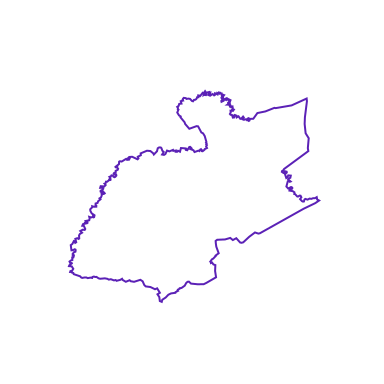 outline of Chum Phuang, Nakhon Ratchasima, Thailand, rotated 62°
{"feature_id": "78962969B76863241399521", "entity_name": "Chum Phuang", "entity_type": "district", "adm_level": 2, "iso_a3": "THA", "parent_name": "Thailand", "parent_adm1": "Nakhon Ratchasima", "projection": "natural_earth1", "projection_center": [102.724, 15.266], "detail": "fine", "context": "isolated", "style": "outline", "palette": "violet", "viewbox_px": 384, "rotation_deg": 62, "n_neighbors": 0, "source": "geoboundaries", "source_scale": "gbopen_adm2", "svg_char_len": 6127}
<svg xmlns="http://www.w3.org/2000/svg" viewBox="0 0 384 384"><g transform="rotate(62 192 192)"><path d="M199.3,63.7L193.5,64.1L184.8,60.6L179.0,57.2L165.8,47.9L163.3,46.9L162.3,63.4L157.2,78.8L156.4,79.7L155.3,89.4L153.0,97.2L156.1,103.5L154.7,106.4L155.9,107.8L155.9,108.5L154.6,109.0L154.0,107.2L153.4,107.3L153.3,108.3L154.2,109.8L153.1,110.2L152.6,112.3L151.8,113.0L150.6,111.3L149.4,111.5L150.4,114.2L150.1,115.0L147.0,115.4L147.1,117.4L145.6,116.8L144.0,118.1L144.1,118.9L145.2,118.8L146.0,119.7L145.5,121.0L142.9,120.5L141.9,121.7L140.9,121.9L140.0,120.5L138.3,119.8L139.6,117.7L138.9,116.4L137.8,117.6L137.1,116.6L135.5,116.1L135.4,117.5L134.3,117.4L134.5,118.3L133.7,118.3L133.5,117.4L132.6,117.6L131.5,119.6L131.4,118.8L130.2,118.3L130.0,117.7L131.5,117.0L130.5,116.6L129.0,114.9L128.3,115.4L129.4,115.7L129.5,116.6L128.3,116.1L127.5,117.0L125.9,116.9L125.3,117.6L125.4,118.1L126.3,117.9L126.8,118.7L124.7,120.1L125.6,120.3L126.3,121.2L126.2,123.6L125.4,123.4L124.8,121.6L122.9,121.8L123.1,120.2L122.0,119.4L121.5,118.2L120.7,118.9L121.8,119.9L121.3,120.6L118.9,119.6L118.4,120.8L117.6,120.5L116.7,121.6L117.6,122.3L116.5,123.2L117.7,123.8L115.7,125.3L117.1,126.3L117.1,127.1L115.2,127.7L115.5,130.8L114.0,132.0L114.1,130.0L112.9,129.2L112.8,130.8L112.5,131.0L111.7,130.2L111.0,132.9L109.1,133.1L110.1,135.0L110.5,134.8L110.3,133.4L112.4,133.6L113.0,134.2L112.6,134.8L111.5,134.1L111.8,136.2L110.6,135.3L109.4,136.0L111.2,140.0L110.9,140.6L109.9,140.6L109.6,141.2L111.3,142.0L111.0,142.9L109.9,142.8L111.0,143.1L111.9,144.5L112.1,145.7L111.6,147.0L112.4,148.5L111.6,149.3L108.9,150.0L107.9,151.2L107.2,153.2L106.2,153.4L105.0,155.1L105.5,156.3L106.5,156.8L106.5,157.6L107.0,157.4L106.6,159.3L109.0,159.8L108.2,161.9L109.7,163.4L109.9,165.1L111.1,164.9L112.3,165.7L112.9,165.3L114.9,167.7L118.3,167.5L120.0,166.5L120.6,167.1L127.0,165.8L128.7,166.1L134.9,164.7L136.0,157.0L136.9,155.8L143.8,155.8L145.4,154.7L148.6,154.5L154.6,155.8L155.0,156.5L156.0,156.3L156.6,157.1L157.6,156.8L158.3,158.1L160.2,158.1L160.1,160.6L160.6,161.2L161.0,163.5L160.7,163.9L160.1,163.3L159.5,164.0L158.4,164.0L158.4,164.9L159.4,166.2L158.5,166.9L157.9,171.0L155.8,171.1L153.4,173.2L153.1,171.9L151.3,172.4L151.0,173.2L152.9,176.6L151.9,177.7L151.4,177.6L151.3,176.7L150.7,176.9L148.0,181.1L150.8,183.7L149.0,185.0L149.5,186.3L148.8,187.5L147.8,186.8L146.9,189.2L145.9,189.0L145.5,192.9L143.7,194.6L146.0,197.7L146.1,199.3L144.9,200.8L143.4,198.2L141.6,198.8L138.9,198.4L138.0,198.7L137.2,200.1L137.3,201.7L139.6,203.8L141.0,208.1L139.6,208.1L136.3,209.5L134.4,212.4L133.8,219.2L135.5,219.9L135.4,223.3L137.2,223.5L137.6,224.7L132.8,228.3L131.6,231.0L132.0,232.3L133.1,231.3L133.9,232.4L133.1,234.3L131.8,234.7L132.1,239.8L131.0,241.2L131.0,242.1L133.1,243.4L133.9,247.8L134.3,247.8L134.9,246.3L135.6,246.7L136.7,246.3L137.5,247.1L137.5,249.5L139.0,250.3L138.6,251.7L138.9,252.4L140.3,252.2L141.1,250.8L142.0,251.1L142.6,252.6L142.5,253.6L141.6,254.2L140.1,254.3L139.5,255.3L140.0,256.1L139.9,257.8L141.2,257.5L141.8,258.7L142.6,258.0L143.1,258.4L142.6,259.8L143.1,262.1L142.5,263.1L143.8,264.3L143.6,265.3L145.3,265.0L146.0,267.0L146.0,268.3L145.2,267.9L144.0,269.9L145.2,271.1L145.9,269.6L147.5,268.9L148.0,269.8L148.0,272.1L149.3,272.9L148.7,272.2L149.5,270.4L150.2,270.4L150.2,271.8L151.0,271.4L151.3,269.8L152.2,269.7L152.3,270.9L151.2,272.7L152.7,273.3L154.1,275.0L154.2,276.6L155.5,276.3L156.1,279.3L157.3,280.5L156.9,282.5L158.4,283.4L159.1,282.9L160.0,283.4L159.0,285.5L157.7,286.8L158.6,287.2L159.5,290.0L160.9,290.6L163.9,290.6L165.0,289.9L166.2,290.3L166.2,289.3L166.8,289.0L168.2,290.2L168.2,290.7L167.0,291.0L167.4,291.9L167.1,293.0L165.7,294.4L167.3,294.8L168.7,296.0L167.7,299.4L168.7,299.2L169.3,298.4L169.8,298.6L168.7,300.8L169.0,301.3L169.9,300.7L169.2,303.3L170.3,304.7L171.1,303.4L174.5,303.6L175.0,304.1L175.0,304.8L174.0,306.1L174.0,308.9L176.3,308.2L176.4,310.7L177.3,312.1L180.1,313.4L180.2,314.2L178.9,315.0L178.6,317.0L182.0,317.8L182.1,319.0L180.2,318.9L179.8,319.3L181.7,322.0L182.0,324.0L186.9,325.8L187.4,324.6L187.5,322.4L188.2,321.9L189.2,322.3L190.0,323.0L189.7,324.4L190.7,326.5L191.9,326.1L192.3,327.1L193.0,326.4L194.1,327.5L193.8,328.6L195.9,329.6L195.6,331.0L195.9,332.8L197.7,332.9L198.2,331.6L198.6,331.6L199.1,334.7L199.7,335.4L201.2,333.1L204.1,332.9L205.2,334.8L204.8,336.5L205.4,337.1L206.1,335.7L206.7,335.9L207.8,334.8L209.0,335.0L214.0,330.3L215.2,330.1L216.3,329.3L217.0,327.1L217.9,325.4L219.1,324.5L219.9,321.9L221.0,320.5L220.3,319.8L220.6,318.3L221.6,317.4L222.1,316.2L224.4,315.0L225.5,313.8L227.3,309.5L229.0,307.4L230.3,306.6L230.9,304.6L233.4,302.4L233.9,300.7L235.0,300.3L235.9,296.6L235.8,294.5L237.1,294.5L240.2,292.6L240.6,288.5L242.0,288.0L244.1,285.3L245.3,278.8L247.7,277.5L251.7,277.8L253.6,277.2L256.4,273.3L260.5,270.3L260.7,268.0L265.9,267.7L266.1,270.5L269.4,270.2L273.2,271.6L274.8,270.3L273.2,268.8L272.8,264.7L271.6,261.1L271.7,258.1L273.2,254.0L272.7,253.6L272.7,251.0L272.2,251.2L271.6,250.4L271.6,248.3L271.2,248.0L271.8,246.3L271.3,242.4L269.6,239.8L269.2,238.1L269.7,236.8L272.4,235.9L276.2,230.2L278.9,224.9L279.0,222.1L278.6,210.8L272.6,208.7L267.5,205.7L266.0,207.1L263.7,207.4L263.6,208.6L262.3,208.1L262.0,208.4L260.8,206.0L260.8,204.6L259.6,201.0L259.2,201.0L258.6,197.2L251.6,196.2L248.1,194.9L246.3,194.1L246.0,192.2L249.4,185.1L250.5,179.8L253.6,178.5L253.6,174.6L259.2,173.2L260.1,172.1L260.5,170.4L258.4,162.5L257.3,155.4L259.9,152.9L260.3,151.4L259.2,101.3L259.7,88.4L259.2,83.8L257.4,85.0L255.1,84.3L255.2,86.4L254.3,88.1L254.1,89.8L253.0,91.3L253.0,93.5L251.3,95.2L251.5,96.3L252.9,97.6L252.6,98.5L251.7,99.2L249.0,99.9L248.0,97.9L246.2,97.9L245.7,98.7L245.8,100.6L245.3,101.2L242.2,102.0L241.8,102.6L240.4,101.7L238.5,102.7L236.5,105.3L235.6,104.5L236.1,102.1L235.6,101.5L234.8,101.6L234.1,102.2L234.1,105.4L231.5,106.1L227.5,102.4L227.5,101.6L228.9,100.9L229.0,100.0L226.1,101.2L225.5,100.3L225.6,98.5L223.9,97.1L222.5,99.2L223.8,100.9L223.9,102.2L219.9,101.5L219.3,99.2L218.5,98.9L217.4,100.1L218.1,102.3L216.4,103.2L215.8,102.7L215.7,101.2L214.9,99.9L210.5,70.1L207.6,69.1L199.3,63.7Z" fill="none" stroke="#5b21b6" stroke-width="2"/></g></svg>